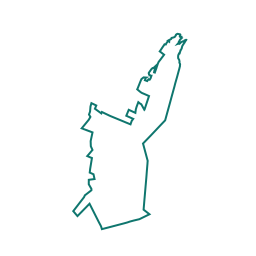 Francisco I. Madero, Coahuila, Mexico (Natural Earth projection), rotated 196°
{"feature_id": "50627088B35500678821853", "entity_name": "Francisco I. Madero", "entity_type": "district", "adm_level": 2, "iso_a3": "MEX", "parent_name": "Mexico", "parent_adm1": "Coahuila", "projection": "natural_earth1", "projection_center": [-103.245, 26.23], "detail": "fine", "context": "isolated", "style": "outline", "palette": "teal", "viewbox_px": 256, "rotation_deg": 196, "n_neighbors": 0, "source": "geoboundaries", "source_scale": "gbopen_adm2", "svg_char_len": 3728}
<svg xmlns="http://www.w3.org/2000/svg" viewBox="0 0 256 256"><g transform="rotate(196 128 128)"><path d="M83.6,51.0L90.5,53.8L92.4,63.4L96.8,85.9L98.1,92.2L99.4,98.8L99.9,101.1L100.0,101.8L108.9,116.6L109.3,117.2L106.1,123.2L103.5,128.1L97.7,139.3L94.4,145.6L94.5,155.1L94.6,164.7L94.7,171.2L94.8,180.8L94.9,183.9L94.9,190.5L95.0,197.2L95.0,198.5L95.1,201.8L95.3,202.4L95.3,202.5L95.4,202.9L95.4,203.1L95.4,203.3L95.5,203.6L95.6,203.8L95.7,204.0L95.8,204.1L96.0,204.3L96.3,204.6L96.4,204.8L96.5,204.9L96.6,205.0L96.7,205.3L96.8,206.1L97.5,207.5L99.0,208.9L99.2,209.5L99.4,210.0L99.6,210.9L99.7,211.3L99.7,212.6L99.6,212.9L99.4,213.3L99.0,213.6L98.9,213.9L99.0,214.1L99.0,214.3L99.3,214.3L99.2,214.7L99.0,215.3L98.9,215.4L98.9,216.5L99.0,217.0L98.9,217.1L98.9,217.3L98.7,217.5L98.3,219.4L98.3,219.5L98.4,219.9L98.4,221.4L98.4,221.8L98.0,223.3L97.9,223.5L97.2,226.1L96.7,227.6L96.4,228.4L96.3,228.6L96.3,228.8L96.5,228.8L97.2,228.2L97.8,227.8L97.9,227.6L97.8,227.4L98.4,226.7L98.1,226.4L99.1,226.4L99.3,226.3L99.9,225.8L100.2,225.4L100.7,225.0L101.1,224.2L101.3,223.7L101.5,223.6L101.9,223.1L102.2,223.3L102.6,223.1L102.8,222.9L103.0,222.9L103.4,222.6L103.0,223.5L102.6,224.4L102.3,224.9L102.3,225.0L102.8,225.2L102.6,225.8L102.5,226.6L102.4,226.8L102.3,227.4L102.0,227.8L101.6,228.6L101.1,229.4L102.2,229.8L102.3,230.3L102.2,230.5L102.3,230.5L102.9,230.0L103.1,230.0L103.3,230.1L103.4,230.3L103.5,230.4L103.5,230.6L103.6,230.9L103.6,231.0L103.5,231.4L103.6,231.6L103.7,231.8L103.7,232.0L103.6,232.3L103.8,232.4L104.5,232.3L105.4,232.3L105.8,232.2L106.3,232.2L106.7,231.9L107.2,231.5L107.3,231.3L107.3,231.2L107.5,230.8L107.6,230.7L107.5,230.4L107.7,229.9L107.7,229.7L108.2,228.4L108.5,228.1L109.4,227.5L109.5,227.4L110.0,227.1L110.8,226.7L111.0,226.5L111.0,225.6L111.1,225.4L111.4,225.1L112.9,223.8L113.2,223.4L113.4,223.2L112.9,223.1L112.7,223.2L112.6,223.4L112.4,223.5L112.2,222.4L113.0,222.7L113.6,221.9L114.1,221.2L114.4,220.2L114.7,218.7L115.9,218.6L116.0,218.5L116.2,217.6L116.6,216.5L117.1,215.0L118.2,211.5L118.6,210.4L113.5,208.4L114.4,206.0L114.6,205.6L115.4,203.4L115.7,202.6L116.2,201.4L116.8,199.9L116.8,199.7L117.0,198.4L117.1,196.6L117.1,196.2L117.1,195.9L117.2,194.9L117.2,193.8L117.2,193.2L117.4,190.7L117.4,190.3L117.5,188.9L117.5,188.7L118.3,188.7L118.5,191.8L118.6,195.1L119.2,194.1L119.4,193.9L119.5,193.7L119.7,193.0L120.1,192.7L120.6,192.5L120.9,192.4L121.1,192.1L121.3,191.7L121.8,190.9L121.9,190.6L122.3,189.4L123.2,186.8L123.2,186.4L122.6,185.6L122.5,185.1L121.6,184.6L121.3,184.6L121.2,184.6L120.9,184.8L120.1,184.4L119.9,184.5L119.9,184.0L120.0,181.9L120.5,180.4L121.7,180.5L122.5,178.4L123.6,178.5L124.9,178.6L124.8,179.5L125.0,180.8L124.4,181.5L126.7,181.0L127.0,180.9L127.2,180.6L128.5,178.8L128.6,178.5L128.8,176.9L129.1,174.2L129.2,172.8L129.3,172.1L129.6,169.0L129.7,168.3L129.8,167.7L125.9,166.0L124.6,165.6L123.6,165.4L123.2,165.4L118.6,164.8L116.6,164.5L116.9,157.9L117.2,150.2L117.3,150.0L121.8,154.5L122.9,154.7L125.2,155.7L125.6,150.6L125.6,148.0L125.1,144.6L132.3,145.7L133.0,139.3L125.5,138.2L126.4,135.8L126.6,132.2L132.1,132.8L133.7,133.0L147.9,134.6L149.3,134.8L153.5,135.5L157.5,136.2L157.7,134.7L165.1,137.4L164.7,140.9L170.0,141.8L170.0,138.4L169.0,133.3L169.2,130.2L167.2,128.3L168.0,125.1L172.4,114.9L160.9,114.0L160.3,105.2L160.1,104.5L158.7,100.2L156.1,97.1L159.4,89.8L157.2,89.5L154.4,89.2L153.1,78.2L152.5,74.6L148.4,74.0L146.1,69.7L151.4,67.4L150.2,63.1L146.4,59.4L146.0,58.1L146.2,57.8L150.9,51.4L151.2,49.4L157.7,33.0L152.3,29.4L144.1,44.6L130.2,29.6L127.5,26.8L126.7,25.9L126.5,25.6L125.8,24.5L125.6,24.2L125.2,23.6L117.9,27.9L105.6,35.2L102.5,37.1L100.8,38.3L100.2,38.7L97.2,40.5L91.9,43.5L83.8,50.8L83.6,51.0Z" fill="none" stroke="#0f766e" stroke-width="2"/></g></svg>